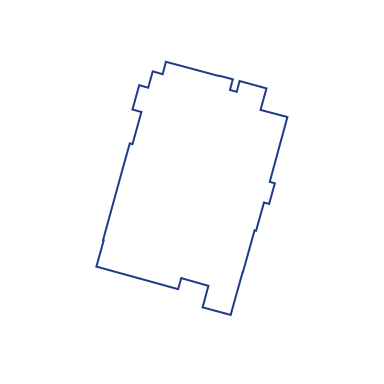 outline of Carlos Tejedor, Buenos Aires, Argentina, rotated 60°
{"feature_id": "61730980B61876831945092", "entity_name": "Carlos Tejedor", "entity_type": "district", "adm_level": 2, "iso_a3": "ARG", "parent_name": "Argentina", "parent_adm1": "Buenos Aires", "projection": "orthographic", "projection_center": [-62.467, -35.397], "detail": "fine", "context": "isolated", "style": "outline", "palette": "blue", "viewbox_px": 384, "rotation_deg": 60, "n_neighbors": 0, "source": "geoboundaries", "source_scale": "gbopen_adm2", "svg_char_len": 586}
<svg xmlns="http://www.w3.org/2000/svg" viewBox="0 0 384 384"><g transform="rotate(60 192 192)"><path d="M208.8,312.1L269.2,252.6L261.2,244.4L281.5,224.7L297.2,240.5L317.8,220.0L286.7,188.2L286.9,188.0L256.5,157.0L257.6,155.9L237.1,134.9L240.9,131.2L225.9,115.9L222.1,119.6L174.8,71.9L155.2,91.6L139.5,75.7L119.7,95.3L127.6,103.2L122.6,108.1L114.8,100.3L105.1,110.1L105.3,110.4L66.2,149.5L75.3,158.5L67.9,165.7L79.8,177.8L73.1,184.3L90.8,202.3L97.4,195.8L120.8,219.6L118.8,221.6L136.5,239.7L189.3,293.2L189.8,292.7L208.8,312.1Z" fill="none" stroke="#1e3a8a" stroke-width="2"/></g></svg>